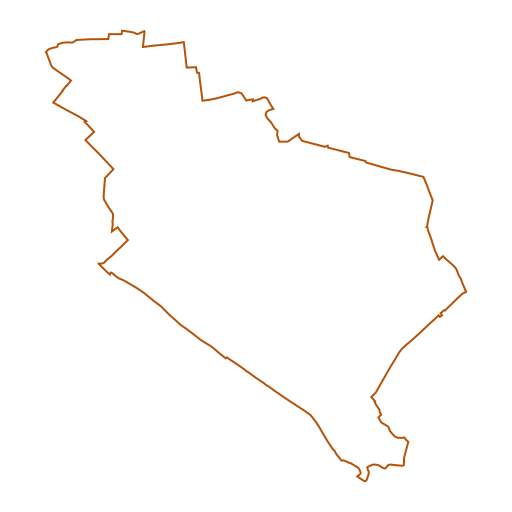 Milisauti, Suceava, Romania
{"feature_id": "2599482B30134171619265", "entity_name": "Milisauti", "entity_type": "district", "adm_level": 2, "iso_a3": "ROU", "parent_name": "Romania", "parent_adm1": "Suceava", "projection": "albers", "projection_center": [26.004, 47.784], "detail": "fine", "context": "isolated", "style": "outline", "palette": "amber", "viewbox_px": 512, "rotation_deg": 0, "n_neighbors": 0, "source": "geoboundaries", "source_scale": "gbopen_adm2", "svg_char_len": 4577}
<svg xmlns="http://www.w3.org/2000/svg" viewBox="0 0 512 512"><path d="M385.3,468.4L385.8,467.8L387.6,465.8L388.4,464.9L390.0,464.7L390.5,464.5L393.5,465.0L397.1,465.3L399.6,465.5L401.8,465.7L403.0,465.6L403.8,465.1L403.9,464.2L404.0,462.8L404.0,461.0L404.0,458.3L404.3,456.9L405.2,453.6L406.6,448.3L408.3,441.9L405.7,439.4L404.6,437.6L401.1,437.9L397.4,437.7L394.8,436.4L392.0,433.5L389.9,430.9L389.3,429.1L388.4,427.0L386.6,425.6L381.3,422.5L380.1,420.4L378.4,417.4L381.1,414.7L379.8,412.1L379.5,410.2L379.4,409.6L376.3,405.2L374.4,401.5L374.9,401.0L371.3,397.0L375.9,392.4L384.1,377.9L386.6,373.5L390.2,367.3L395.4,358.8L399.1,352.5L402.1,348.5L406.6,344.5L411.1,340.8L418.5,334.1L430.4,323.0L436.5,317.4L438.3,315.7L438.7,315.4L439.9,316.9L442.0,315.3L440.6,313.3L444.0,310.2L444.9,310.6L445.2,310.3L446.9,308.6L458.5,297.3L459.1,296.9L460.0,295.9L461.1,294.9L462.9,293.3L466.1,291.9L462.6,283.6L460.6,278.2L459.0,276.0L457.8,272.9L456.8,270.1L455.9,268.5L454.7,266.9L450.4,262.9L446.5,259.6L442.9,256.2L439.4,259.5L439.1,259.8L438.0,257.6L436.6,254.1L435.3,251.5L434.6,249.6L433.7,246.7L433.5,246.1L432.5,243.4L431.5,239.7L428.9,232.6L427.8,229.7L427.4,227.3L427.2,226.7L426.8,226.7L427.1,226.4L427.3,225.6L427.5,223.9L428.2,220.1L428.5,218.4L431.6,205.1L432.6,200.7L432.6,200.1L429.5,192.3L428.7,190.1L426.8,185.0L423.4,176.9L419.4,175.9L412.1,174.0L407.8,173.0L404.1,172.1L402.7,171.8L400.8,171.4L400.0,171.2L399.4,171.0L399.1,171.0L398.9,170.9L391.8,169.8L382.0,167.1L365.9,162.4L365.4,161.0L349.7,157.1L349.0,153.0L328.2,147.7L327.7,145.7L324.9,146.8L302.9,141.1L301.8,140.6L300.9,139.2L298.9,136.4L298.9,133.9L287.6,141.7L279.2,141.6L277.1,135.2L277.5,130.6L274.9,128.4L270.9,122.2L267.3,118.3L265.6,115.0L266.4,112.0L269.3,110.1L273.4,108.9L271.0,105.4L268.0,99.9L266.8,98.0L264.5,97.3L262.1,97.7L261.0,98.6L252.7,101.3L252.9,99.4L250.1,99.7L246.2,100.5L245.9,100.0L241.6,93.4L238.1,92.2L233.4,93.8L224.8,96.1L216.3,98.4L209.3,99.8L202.5,100.7L201.7,94.1L199.9,80.6L199.1,73.0L198.8,72.9L197.2,72.8L196.5,70.0L196.0,67.2L186.7,67.6L185.6,57.9L185.0,52.7L183.8,42.1L178.6,43.0L168.8,44.2L153.2,45.7L142.9,47.0L143.3,43.6L144.5,31.8L144.3,31.2L142.3,32.0L138.7,33.7L136.9,34.1L136.1,33.8L134.4,32.7L129.4,31.7L122.1,30.7L121.6,34.1L120.9,34.1L120.2,34.1L117.0,34.2L111.4,34.1L109.0,34.1L108.3,39.1L106.9,39.0L105.6,39.1L103.2,39.1L99.7,39.2L90.7,39.2L76.3,40.0L75.8,40.5L73.5,42.0L72.0,42.6L69.7,42.4L67.7,42.4L64.8,42.5L61.5,43.1L59.6,43.8L58.0,44.4L57.7,45.2L57.6,46.3L56.9,46.9L55.9,47.3L53.8,47.6L52.3,48.0L50.4,48.6L49.1,49.0L47.9,50.0L46.9,51.0L45.9,52.1L46.8,53.5L50.1,62.5L51.0,64.9L52.1,66.9L54.5,68.9L57.8,71.2L62.6,74.5L71.0,80.5L66.6,86.0L66.2,85.8L62.3,90.9L62.5,91.2L53.3,102.6L65.6,109.5L78.4,116.3L86.2,121.1L85.2,121.6L84.7,121.9L89.9,127.3L94.1,131.9L89.9,135.8L85.5,140.0L85.5,140.3L87.4,142.1L90.2,144.9L100.9,155.7L104.2,159.3L113.4,169.1L111.7,171.0L105.0,178.1L103.8,193.6L103.6,197.4L104.1,199.8L104.6,200.6L106.3,203.6L108.8,207.6L111.8,212.0L113.0,214.0L112.9,218.6L112.4,221.9L112.8,224.1L112.3,227.6L111.9,231.5L117.6,227.2L120.8,231.6L127.9,240.1L125.0,242.8L121.0,246.9L118.1,249.5L114.8,252.7L112.1,255.5L107.8,259.0L106.5,260.1L105.3,261.3L104.6,262.3L103.2,263.2L101.8,263.5L101.1,263.5L100.0,263.8L99.2,263.6L97.9,263.3L99.3,264.3L100.1,265.1L101.5,266.7L106.7,271.7L109.8,274.5L109.9,273.9L111.1,272.5L113.3,273.9L115.0,275.6L116.9,277.0L118.1,277.7L119.3,278.6L121.2,279.3L123.5,280.3L128.9,283.4L137.2,288.3L140.5,290.5L143.5,292.6L147.3,295.6L153.7,300.9L161.2,306.5L164.0,309.4L170.1,315.5L175.5,320.2L180.4,324.7L187.4,329.6L197.4,337.3L200.8,340.0L205.0,342.6L210.3,345.8L212.4,347.3L218.8,352.8L225.7,358.4L227.0,357.4L229.5,359.3L235.1,363.0L240.3,366.5L244.7,369.7L247.2,371.8L248.4,372.3L255.0,377.2L261.4,381.5L264.1,383.3L265.6,384.7L268.8,386.5L274.2,390.6L277.8,393.0L283.0,396.6L291.2,402.1L298.4,406.8L305.2,411.2L310.4,415.0L312.0,416.9L316.0,422.1L319.6,427.7L322.0,431.9L327.3,440.9L331.2,446.8L332.9,449.1L333.2,449.7L334.1,450.4L334.6,450.8L335.3,452.4L336.1,453.5L336.5,454.3L337.2,455.2L338.4,456.6L339.9,458.6L340.4,459.4L341.4,460.5L341.5,460.5L342.4,460.4L343.3,460.4L345.2,461.1L347.3,461.9L348.6,462.7L349.1,462.8L350.3,463.0L357.8,467.5L358.7,468.3L359.6,470.0L360.5,472.0L360.6,472.7L360.6,473.4L360.4,473.8L360.1,474.2L357.3,476.4L360.4,478.6L364.7,481.3L366.3,480.6L367.1,478.9L368.6,474.1L368.8,471.6L367.8,469.8L367.4,468.0L367.4,467.1L368.8,466.4L370.3,465.6L373.0,464.6L375.5,464.6L378.3,465.1L379.9,466.0L382.5,467.6L384.2,468.4L385.3,468.4Z" fill="none" stroke="#b45309" stroke-width="2"/></svg>